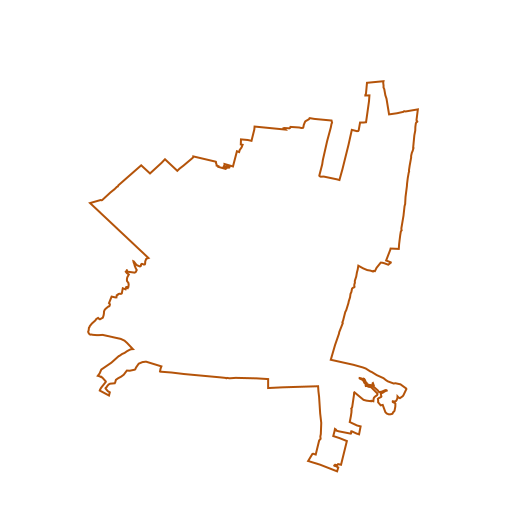 the district of Brebeni, Olt, Romania, rotated 11°
{"feature_id": "2599482B35744106763327", "entity_name": "Brebeni", "entity_type": "district", "adm_level": 2, "iso_a3": "ROU", "parent_name": "Romania", "parent_adm1": "Olt", "projection": "natural_earth1", "projection_center": [24.489, 44.373], "detail": "fine", "context": "isolated", "style": "outline", "palette": "amber", "viewbox_px": 512, "rotation_deg": 11, "n_neighbors": 0, "source": "geoboundaries", "source_scale": "gbopen_adm2", "svg_char_len": 6134}
<svg xmlns="http://www.w3.org/2000/svg" viewBox="0 0 512 512"><g transform="rotate(11 256 256)"><path d="M349.1,439.6L346.3,447.3L358.6,448.6L376.7,451.9L377.1,447.9L374.7,447.1L373.0,447.0L372.8,446.7L373.5,445.8L374.6,445.9L375.7,445.7L376.3,444.6L379.3,444.7L380.5,420.3L372.6,418.8L366.2,418.0L366.5,413.1L366.5,410.7L367.7,411.2L368.3,412.1L370.7,412.3L382.9,412.3L383.1,412.2L383.2,411.9L382.9,410.0L383.4,409.8L388.6,411.1L391.2,411.4L391.2,403.3L387.5,403.1L379.7,401.1L379.7,395.3L379.5,390.6L379.2,390.0L379.3,388.9L378.6,387.6L379.2,386.5L379.2,385.0L378.7,374.0L378.4,371.3L378.6,371.0L389.0,376.7L392.1,376.9L396.6,376.6L396.6,376.2L396.8,376.1L398.9,376.2L398.7,374.0L398.8,372.7L399.6,371.4L401.4,369.5L401.6,368.5L401.5,368.0L400.2,367.0L394.3,363.0L393.3,362.8L391.5,362.9L389.6,362.4L388.6,362.7L388.4,362.3L388.9,361.7L387.4,360.4L386.3,359.6L385.8,358.6L384.3,357.3L381.2,356.5L381.0,356.3L381.0,356.0L382.2,356.0L384.7,356.5L384.9,355.9L385.6,356.0L385.7,356.8L386.7,357.0L387.5,358.6L388.8,359.4L389.3,360.3L391.2,361.0L393.4,360.8L394.2,361.0L394.9,360.4L394.8,358.6L395.0,358.4L396.3,360.6L395.7,361.2L395.6,361.4L401.5,364.9L402.2,365.8L402.7,366.0L403.5,365.9L405.3,365.2L408.5,363.0L409.2,362.8L409.8,362.9L410.0,363.2L408.5,364.1L406.3,366.2L404.6,367.0L405.9,370.1L405.6,370.6L403.7,372.0L402.9,373.0L403.5,374.6L403.8,376.3L406.9,378.8L408.8,378.0L412.8,384.6L414.4,385.7L416.6,386.1L418.3,385.7L419.9,384.9L420.2,384.5L420.3,383.4L421.3,382.1L421.5,381.3L421.5,377.3L421.0,374.3L420.6,373.9L418.2,373.3L418.0,373.0L418.0,372.5L419.8,372.4L421.1,371.6L421.5,370.7L421.9,368.9L421.9,368.0L421.7,366.8L423.1,367.8L424.4,368.1L426.8,365.6L427.3,364.5L429.0,357.9L428.7,357.4L422.3,354.4L417.1,354.3L415.5,354.9L409.3,353.9L407.1,353.0L404.5,351.6L397.3,349.9L391.5,347.7L390.5,347.6L385.2,345.5L382.1,345.0L372.3,344.2L349.2,343.6L350.6,328.2L352.3,316.3L352.2,315.0L354.0,305.3L353.5,304.9L353.5,304.1L353.8,302.9L354.3,294.0L354.9,292.0L355.7,284.7L355.7,282.7L356.2,278.6L356.0,275.2L356.5,273.1L356.5,269.8L357.0,268.9L358.3,268.0L358.6,267.5L358.2,266.6L358.0,265.8L358.0,264.6L358.2,263.5L357.8,261.9L357.8,261.1L358.3,257.1L358.2,252.8L358.4,250.0L358.3,246.0L363.6,247.7L367.9,248.6L371.0,248.5L373.7,248.9L373.8,248.4L374.2,248.2L375.6,248.2L376.6,244.6L379.7,238.7L380.9,238.5L383.1,238.6L387.5,239.3L389.6,236.8L389.5,236.5L384.6,235.6L386.6,224.4L386.7,223.0L394.8,221.8L394.2,216.8L393.6,208.1L393.5,204.6L393.6,203.9L394.1,203.0L393.6,202.0L393.4,200.9L393.1,188.4L392.3,178.7L392.5,176.4L392.3,175.3L391.5,169.4L390.8,158.6L390.5,156.3L390.1,150.5L390.0,144.9L390.2,144.0L389.8,142.6L389.6,137.8L389.5,129.7L389.2,128.3L389.2,127.1L389.3,124.8L389.7,123.1L390.0,119.9L389.9,119.7L389.6,119.7L388.4,107.3L388.4,102.5L387.8,98.9L387.6,95.5L387.8,94.3L388.7,93.4L388.7,93.2L387.8,92.3L387.6,91.9L386.9,81.2L375.2,85.6L373.8,85.6L373.1,86.4L367.1,89.0L359.6,91.6L354.1,76.7L352.3,73.5L350.1,67.8L349.0,66.2L348.7,64.4L347.8,61.6L347.8,60.1L331.9,64.8L332.9,74.9L332.9,76.6L332.6,77.0L332.7,77.6L336.7,76.7L337.4,82.6L338.5,103.7L336.3,104.4L332.7,105.1L332.8,113.0L332.5,113.8L331.3,114.2L326.0,113.9L325.6,129.0L324.3,154.1L323.4,165.5L320.8,165.3L307.3,165.1L304.5,165.8L303.2,165.5L302.8,165.0L303.5,153.4L303.3,149.2L303.9,129.6L304.9,115.6L304.9,112.0L305.2,110.6L304.3,108.6L287.1,110.3L282.4,110.4L282.2,110.6L282.1,111.3L281.7,111.8L278.8,114.3L278.5,115.0L277.9,118.1L277.9,120.6L277.6,121.3L276.1,121.7L273.9,121.6L265.2,122.7L265.1,123.6L264.4,124.3L259.2,125.0L258.9,125.2L260.6,126.3L229.9,129.2L230.2,132.1L229.6,143.8L225.7,143.7L219.0,144.4L219.8,149.4L221.6,149.4L221.1,152.2L219.8,155.0L219.6,157.2L217.3,156.8L216.3,172.5L207.5,171.7L207.8,172.9L207.4,173.7L207.2,174.5L208.0,175.0L210.3,173.6L212.6,173.3L213.0,173.7L212.9,174.3L210.4,175.0L209.6,176.3L202.0,175.7L202.0,175.0L200.1,174.8L199.8,173.6L199.1,172.6L198.8,171.3L198.5,171.1L175.4,170.2L175.5,171.1L175.0,171.9L167.5,181.2L164.3,184.8L162.5,187.4L148.2,178.4L145.5,182.6L136.2,195.2L126.0,188.9L107.4,212.9L107.1,214.1L106.2,214.7L104.7,217.0L101.0,221.4L94.3,230.5L93.6,230.8L92.8,230.7L83.0,235.7L150.8,278.5L149.7,279.1L148.8,279.8L148.3,282.3L148.6,284.7L148.5,285.4L147.7,285.8L145.9,285.5L145.2,285.6L144.8,286.3L144.9,287.6L144.1,288.4L140.9,287.8L139.6,286.9L137.1,284.7L136.7,284.6L137.1,285.6L138.2,287.3L138.8,288.7L140.3,291.0L141.6,292.5L141.4,293.0L141.2,294.2L140.8,294.9L140.0,295.5L134.7,295.8L132.6,295.9L132.0,294.6L131.9,294.6L131.6,295.7L131.2,296.3L132.5,297.4L134.7,298.4L133.7,301.5L133.7,303.4L134.1,305.1L135.9,306.8L136.5,308.5L136.6,310.7L134.7,311.2L134.8,311.8L136.2,311.6L136.2,312.1L134.4,312.3L134.3,313.6L131.4,313.1L131.4,318.3L130.6,319.0L129.5,319.0L128.3,319.5L127.6,320.3L127.6,320.7L126.8,321.1L126.9,323.3L125.9,323.5L122.0,323.4L120.7,330.3L121.3,330.6L121.9,331.7L121.7,332.8L121.6,333.3L120.6,333.9L118.7,336.2L117.9,337.4L117.6,338.3L117.4,339.5L117.7,341.7L117.7,343.5L117.4,345.8L114.9,347.9L114.4,347.9L112.8,346.9L111.2,348.4L110.6,349.9L107.8,353.6L106.2,356.6L106.1,357.6L105.7,358.3L105.9,360.8L105.7,362.5L106.6,363.8L107.6,364.6L108.4,364.8L109.2,364.5L111.0,364.5L114.5,364.1L117.1,363.6L120.5,362.7L139.2,363.2L143.1,364.2L146.1,366.0L152.9,370.9L151.4,371.3L150.1,372.0L147.5,374.1L145.5,376.2L143.3,377.7L140.9,380.2L140.4,380.4L134.4,388.3L125.8,397.0L124.9,401.1L123.6,403.8L125.1,403.9L127.0,404.4L127.1,404.1L128.4,404.7L132.5,407.8L132.5,408.4L129.1,414.9L128.4,417.0L128.3,417.9L138.3,421.0L138.5,417.7L136.4,417.0L133.6,414.8L133.6,414.1L134.3,413.4L134.7,412.2L135.8,410.3L137.1,409.2L141.6,407.9L141.9,407.0L142.1,404.3L144.0,402.3L146.6,400.2L148.8,397.8L151.1,393.1L154.0,392.7L158.7,390.7L159.1,390.2L159.5,388.4L161.4,384.1L164.8,381.8L168.2,380.7L184.2,382.4L183.8,384.8L183.8,387.7L184.1,387.8L195.3,386.5L207.8,385.6L244.6,381.9L249.2,381.5L250.2,381.7L250.8,381.2L253.4,381.1L259.3,379.5L279.9,376.0L291.4,374.5L293.1,383.3L306.9,379.9L341.8,372.0L343.1,376.9L344.8,382.2L349.0,398.2L351.9,407.4L353.6,418.4L353.6,421.0L354.3,423.1L353.2,425.0L352.5,439.5L349.8,439.2L349.1,439.6Z" fill="none" stroke="#b45309" stroke-width="2"/></g></svg>